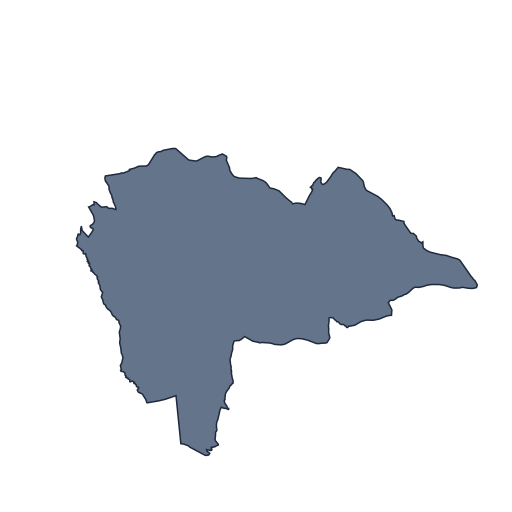 Monor, Bistrita-Nasaud, Romania, rotated 59°
{"feature_id": "2599482B75795302665340", "entity_name": "Monor", "entity_type": "district", "adm_level": 2, "iso_a3": "ROU", "parent_name": "Romania", "parent_adm1": "Bistrita-Nasaud", "projection": "orthographic", "projection_center": [24.705, 46.949], "detail": "fine", "context": "isolated", "style": "filled", "palette": "slate", "viewbox_px": 512, "rotation_deg": 59, "n_neighbors": 0, "source": "geoboundaries", "source_scale": "gbopen_adm2", "svg_char_len": 6153}
<svg xmlns="http://www.w3.org/2000/svg" viewBox="0 0 512 512"><g transform="rotate(59 256 256)"><path d="M370.6,361.2L371.1,360.3L373.4,358.7L373.4,358.4L372.6,358.0L372.3,358.8L369.7,358.3L365.9,358.5L364.3,358.0L363.3,357.5L363.4,356.9L363.0,356.4L362.4,356.2L361.0,355.2L358.8,353.5L357.8,352.4L356.5,349.9L355.5,347.2L354.0,345.3L354.0,344.5L353.2,342.1L353.2,341.2L352.7,340.8L351.1,339.9L348.0,339.1L344.2,337.6L342.9,336.9L342.5,336.4L341.9,336.6L340.8,335.6L339.5,335.5L338.2,334.3L335.9,333.7L331.0,331.4L329.1,329.0L326.7,327.0L324.3,324.3L320.9,322.2L317.8,318.8L317.6,318.2L319.9,313.7L319.8,313.3L319.9,311.7L319.2,307.2L327.4,302.6L330.4,299.3L332.3,297.6L333.3,295.3L337.6,289.1L339.4,287.2L341.5,285.4L345.2,280.1L346.3,277.0L346.5,275.8L346.8,267.3L347.4,264.5L348.3,262.6L350.5,259.4L354.6,255.2L362.3,249.2L363.7,246.8L364.9,243.8L365.4,243.3L366.5,241.1L366.8,239.7L364.9,236.0L364.1,234.8L358.9,233.1L355.8,231.1L353.0,229.8L349.3,226.8L346.8,225.4L346.7,225.0L347.8,222.7L348.5,222.1L349.8,221.5L351.1,221.4L352.3,220.7L353.9,220.6L355.2,219.2L356.9,219.1L357.8,218.8L358.8,218.0L359.9,216.1L361.7,215.7L362.8,215.0L363.8,215.1L364.3,214.7L364.5,214.1L363.8,213.1L364.7,211.1L366.2,207.0L366.3,199.9L367.4,195.5L368.1,193.9L371.1,189.2L371.6,188.3L373.5,182.9L374.6,175.6L375.7,172.2L376.6,170.4L372.2,167.3L364.0,166.6L363.9,165.6L363.4,164.5L363.2,163.5L364.6,161.3L364.8,159.7L364.4,155.6L365.3,152.0L365.5,150.6L365.4,149.1L365.9,147.2L366.0,146.0L365.7,143.3L364.5,138.0L364.7,135.9L364.9,135.2L366.5,133.1L367.0,132.1L368.3,128.2L369.0,124.9L370.4,121.2L371.6,118.9L375.0,113.4L378.0,109.8L383.5,105.0L385.3,103.0L388.1,98.3L389.2,95.1L393.1,90.5L395.1,87.5L395.7,86.3L396.6,83.3L395.6,82.0L394.7,81.2L389.7,81.0L388.1,81.7L386.1,81.7L384.6,82.1L364.7,83.4L362.5,84.5L357.7,89.1L353.5,92.6L349.7,97.4L342.2,104.9L338.8,107.1L337.0,107.7L336.0,108.3L335.0,108.3L333.1,107.6L329.8,105.7L329.8,107.0L330.1,107.3L327.1,108.9L323.2,109.1L322.4,108.5L321.2,108.4L317.8,109.5L316.2,111.6L306.3,112.3L303.8,112.2L302.6,111.4L298.3,115.7L298.1,116.5L296.2,117.8L292.5,116.8L292.0,118.3L289.1,117.2L284.4,116.7L279.8,117.3L272.6,119.1L267.5,121.0L256.5,127.6L252.7,127.5L248.3,126.0L246.5,125.7L237.0,127.8L230.1,131.0L228.6,133.3L222.3,139.9L224.1,145.0L224.1,146.0L224.8,148.0L226.5,151.1L229.2,157.7L229.4,160.3L229.2,161.7L228.7,162.2L226.0,162.5L223.9,160.7L222.4,160.1L221.3,161.3L221.5,163.5L222.1,166.2L222.6,166.8L222.8,168.5L224.4,170.8L225.1,173.8L225.9,173.1L226.9,173.8L227.9,173.0L229.4,174.7L230.8,177.1L231.3,178.4L237.1,187.5L234.4,190.1L232.7,192.2L231.2,194.7L230.3,197.2L230.2,197.7L227.7,198.0L225.4,199.0L221.4,200.3L212.0,202.7L207.5,206.1L205.0,209.0L198.9,209.5L196.8,210.2L194.9,211.2L189.8,215.1L189.2,215.2L188.8,215.7L188.2,217.7L187.0,220.3L180.7,230.1L176.8,233.7L174.2,234.3L169.2,234.4L166.6,233.2L158.5,232.1L156.9,230.5L155.4,229.9L151.3,232.2L151.1,232.8L150.5,236.5L150.5,237.9L150.0,239.6L148.3,243.0L145.9,245.5L145.1,246.8L144.8,248.0L144.5,250.2L144.1,256.9L143.7,258.6L139.1,264.2L122.5,269.5L120.9,272.1L117.6,281.1L117.5,283.8L116.5,285.8L116.1,288.1L116.6,288.9L116.9,290.6L121.8,300.1L122.3,301.4L122.5,302.8L122.1,304.3L119.6,308.4L118.5,310.8L118.2,314.3L116.6,320.0L117.7,320.2L116.6,327.0L115.6,328.3L115.3,330.3L109.8,343.9L111.0,345.1L112.4,345.9L114.9,346.6L115.7,346.1L116.3,346.3L120.3,346.1L121.9,346.8L122.5,347.4L126.5,348.3L129.8,348.4L131.4,349.2L134.0,349.6L136.5,350.6L137.0,350.5L141.1,351.0L143.0,351.6L143.9,352.2L143.5,352.4L143.2,353.0L141.0,354.7L139.7,357.1L138.9,357.9L137.0,358.5L136.6,359.0L135.9,360.4L135.5,361.6L134.3,363.4L130.2,364.9L128.6,365.1L127.8,365.5L126.1,367.0L127.0,367.3L128.7,368.5L128.1,368.9L128.0,369.7L128.1,373.2L127.8,374.2L136.6,374.4L138.1,374.6L141.6,375.9L142.8,376.4L143.9,377.8L144.6,379.7L144.6,381.8L144.8,382.6L145.5,383.1L146.7,383.0L148.4,381.8L148.9,381.7L149.9,382.4L151.4,385.2L153.4,390.0L144.6,391.9L140.4,390.3L142.4,392.2L144.1,393.4L145.7,394.2L147.0,396.0L145.7,397.0L146.0,397.7L146.7,398.1L148.8,401.0L150.6,401.5L151.7,401.5L152.8,402.0L154.5,403.7L154.9,404.6L160.3,402.4L161.4,402.6L161.9,402.4L162.2,401.6L162.7,401.5L164.4,402.7L165.2,402.7L165.7,402.4L166.2,400.9L167.4,401.2L168.6,401.8L170.3,402.0L171.2,401.6L172.0,402.5L173.7,402.3L173.8,402.9L173.6,403.3L173.8,403.5L175.5,402.4L175.7,402.6L175.6,403.2L175.8,403.4L177.3,402.7L177.6,403.4L178.0,403.9L178.7,404.0L179.8,403.6L181.4,404.0L183.0,403.7L183.2,403.9L182.9,404.2L183.0,404.6L183.5,405.1L184.0,405.1L184.1,404.2L184.6,404.0L185.9,404.2L186.1,403.9L188.5,403.6L190.0,402.9L192.6,402.7L192.8,403.3L193.7,403.8L196.9,403.8L197.2,404.1L197.1,404.6L197.3,404.8L201.0,405.1L204.4,406.6L206.8,406.5L207.8,406.1L208.2,406.3L209.5,407.5L210.3,408.4L210.9,409.3L212.0,409.8L214.4,409.9L218.5,411.2L220.3,410.4L222.8,410.7L225.3,410.4L227.2,409.4L229.8,409.1L232.5,409.5L233.7,409.3L236.2,408.1L238.6,408.3L240.2,407.0L241.4,407.1L242.6,407.8L246.3,408.1L249.2,410.4L249.8,411.4L250.9,412.4L257.1,415.1L259.4,417.0L260.7,417.8L265.0,419.2L270.0,421.5L271.4,421.5L274.6,422.4L277.4,425.1L278.1,425.4L279.9,428.6L283.8,429.9L284.3,431.0L285.5,431.0L286.6,429.5L288.5,428.6L290.9,429.6L292.2,429.2L292.7,430.1L294.1,429.5L294.7,428.7L295.5,429.0L296.6,428.2L297.5,428.1L298.7,428.9L299.1,428.6L299.6,426.3L300.8,425.6L302.1,426.2L302.6,426.1L302.3,425.4L304.9,425.1L305.7,425.6L306.6,425.5L307.0,425.4L307.7,424.5L308.1,424.4L308.7,424.4L309.7,426.8L310.3,426.9L312.4,426.9L315.5,424.6L316.3,424.5L322.2,424.4L325.5,425.1L325.8,424.9L330.0,414.2L332.0,407.9L334.5,396.5L378.2,417.1L380.6,414.1L381.3,413.9L383.6,411.8L385.7,411.2L400.4,402.4L401.4,401.3L402.2,399.0L401.4,397.3L400.2,397.5L398.3,398.6L397.9,398.3L396.5,398.0L399.5,395.0L399.6,394.3L399.4,393.7L398.6,394.0L398.3,393.2L397.6,393.3L397.0,392.9L397.2,392.0L397.9,391.2L398.0,390.0L398.4,389.3L398.3,388.1L398.6,385.6L397.9,385.3L393.5,385.9L391.8,385.4L389.5,383.5L386.4,381.5L386.0,381.1L385.9,380.3L385.1,379.2L384.4,378.8L383.7,378.7L380.5,377.0L378.0,375.1L376.7,373.1L369.5,366.2L367.8,363.7L369.5,362.4L370.0,361.7L370.6,361.2Z" fill="#64748b" stroke="#1e293b" stroke-width="1.5"/></g></svg>